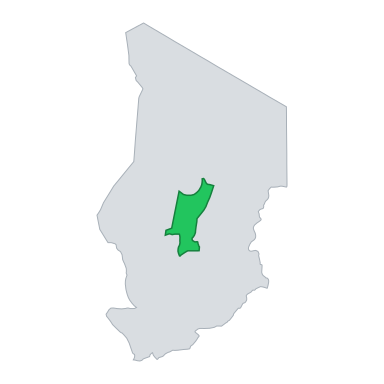 Batha Ouest, Batha, Chad shown in context
{"feature_id": "50815135B78939282341988", "entity_name": "Batha Ouest", "entity_type": "district", "adm_level": 2, "iso_a3": "TCD", "parent_name": "Chad", "parent_adm1": "Batha", "projection": "natural_earth1", "projection_center": [18.7, 14.28], "detail": "fine", "context": "in_parent", "style": "filled", "palette": "green", "viewbox_px": 384, "rotation_deg": 0, "n_neighbors": 0, "source": "geoboundaries", "source_scale": "gbopen_adm2", "svg_char_len": 4644}
<svg xmlns="http://www.w3.org/2000/svg" viewBox="0 0 384 384"><path d="M286.4,106.8L286.5,116.2L286.5,125.7L286.6,135.1L286.7,144.6L286.8,154.0L286.8,163.5L286.9,172.9L287.0,182.3L287.0,185.5L286.8,186.7L286.7,186.9L286.4,187.1L282.1,186.2L280.2,186.2L277.6,186.9L273.7,187.2L271.2,187.1L269.5,188.7L268.1,190.7L268.8,195.4L268.7,196.9L268.1,198.6L267.0,199.9L265.8,201.0L265.1,202.0L264.3,204.1L263.6,205.1L263.7,206.5L263.5,207.9L262.8,208.6L261.0,209.1L259.8,209.7L258.9,210.8L258.3,211.5L258.6,212.5L259.1,213.8L259.3,215.9L259.5,217.1L260.4,218.1L261.0,218.8L261.1,219.7L260.6,220.4L258.4,222.0L257.6,222.5L256.5,223.3L256.2,223.6L254.6,225.0L253.8,226.3L253.4,227.4L253.4,228.8L254.2,231.0L255.1,232.9L255.5,234.3L255.7,235.8L255.6,237.3L255.1,238.6L254.3,239.7L251.3,241.9L249.8,244.3L248.6,247.1L248.4,248.7L248.7,249.7L249.3,250.6L250.2,251.1L251.5,251.2L253.7,250.7L255.7,250.4L257.9,251.4L259.0,253.9L258.6,255.6L259.4,258.8L260.2,262.7L260.1,264.0L260.4,264.5L261.8,264.7L262.1,265.6L261.7,272.4L262.3,274.3L263.2,275.6L264.2,276.3L265.3,277.2L265.8,277.9L267.0,278.0L268.3,279.2L268.7,280.9L268.6,282.5L267.9,285.9L267.2,288.2L266.5,288.1L264.9,287.5L263.0,287.0L260.6,286.6L258.3,287.6L255.9,288.8L255.2,289.7L254.5,290.2L253.4,290.1L252.4,290.3L251.9,291.1L251.0,292.1L247.5,294.1L246.8,294.8L246.3,295.5L246.3,296.3L246.7,297.9L246.7,299.9L245.9,301.5L245.0,302.6L244.0,303.0L243.1,303.3L242.6,303.9L240.7,307.6L239.9,308.3L238.3,308.2L233.7,313.7L233.3,315.3L231.6,317.6L229.5,320.2L227.5,321.4L227.4,321.9L226.9,322.4L225.7,323.0L221.6,326.1L216.7,326.0L214.6,327.2L212.5,327.7L209.4,328.3L208.5,328.3L204.5,328.5L199.9,328.4L198.1,328.9L196.5,330.1L195.2,331.1L195.0,331.5L195.2,331.9L195.2,332.2L198.4,334.8L199.2,336.0L198.4,337.2L198.0,337.4L198.0,337.5L197.5,338.5L195.6,341.3L192.7,344.7L191.2,345.7L190.6,346.3L189.8,348.6L189.3,348.9L187.4,349.2L183.4,349.5L178.0,350.2L174.7,350.4L172.7,350.2L169.9,351.8L168.8,352.2L168.2,352.3L165.4,353.8L163.0,356.2L162.2,356.6L158.9,357.6L157.6,359.2L157.0,359.4L154.9,357.2L153.4,355.3L152.7,353.3L152.6,352.7L152.2,352.8L151.1,353.7L150.1,354.7L149.6,356.6L146.2,357.8L143.3,358.9L141.9,360.3L139.9,361.0L137.3,360.7L135.2,360.1L133.3,359.9L134.2,358.2L134.6,357.0L134.7,355.4L134.5,354.4L133.4,353.8L132.6,353.0L130.9,348.1L129.2,343.1L126.7,338.1L124.0,335.0L122.1,333.0L121.4,332.8L120.4,332.2L119.7,331.6L116.2,328.2L112.5,324.5L111.5,322.8L109.7,320.2L107.6,317.5L106.6,316.3L106.1,314.2L107.5,312.2L109.0,309.7L110.9,308.1L113.4,308.0L117.4,308.6L121.7,308.9L126.0,308.4L127.1,308.0L128.2,308.0L130.5,308.6L134.5,308.5L136.5,307.5L134.3,305.8L131.9,303.1L129.7,300.1L128.3,297.4L127.1,294.0L126.0,289.7L125.3,284.1L125.4,281.0L125.8,278.7L127.0,275.1L126.2,273.0L126.4,271.2L126.3,268.7L125.9,267.4L124.3,263.1L124.0,262.7L122.7,259.7L122.1,254.8L120.5,251.6L118.0,250.0L116.6,248.1L116.1,244.7L115.1,243.8L111.2,242.6L108.0,242.6L105.6,238.8L102.6,233.9L99.8,229.4L98.0,220.3L97.0,215.1L98.2,213.5L100.5,209.8L103.5,202.7L110.3,191.7L113.7,186.1L120.6,177.7L129.0,167.4L133.8,161.6L134.6,151.0L135.4,139.8L136.1,131.3L136.9,121.3L137.6,112.9L138.1,106.8L138.8,98.1L139.3,96.5L142.6,89.7L142.9,88.8L142.3,87.6L137.6,81.9L136.2,80.6L135.4,77.6L136.6,75.9L131.0,66.2L129.7,65.0L129.1,63.8L129.0,62.1L128.9,55.4L127.5,44.8L125.7,32.6L132.2,29.1L137.2,26.4L143.6,23.0L149.4,26.5L157.9,31.5L166.4,36.5L174.9,41.6L183.5,46.6L192.0,51.6L200.5,56.6L209.1,61.6L217.6,66.7L226.2,71.7L234.8,76.7L243.4,81.7L251.9,86.7L260.5,91.7L269.1,96.8L277.8,101.8L286.4,106.8Z" fill="#d9dde1" stroke="#a8b0b8" stroke-width="1"/><path d="M213.7,185.7L209.8,184.6L207.4,184.3L206.1,182.9L204.3,179.2L203.4,178.5L202.7,178.7L202.2,178.8L202.2,180.0L202.3,180.6L202.2,181.4L202.1,182.6L201.8,184.5L201.0,186.7L200.8,187.1L198.8,190.5L198.3,191.0L197.0,192.3L195.9,193.2L194.1,194.5L191.0,195.3L186.8,195.3L183.5,194.5L179.1,191.2L171.7,228.2L166.0,230.3L165.3,235.2L167.8,234.3L169.2,233.8L170.7,234.1L172.1,234.6L174.8,234.1L178.6,234.1L179.4,234.2L179.8,235.9L180.0,237.3L179.9,239.8L179.9,241.2L180.0,242.9L179.5,245.2L178.5,247.1L178.1,249.1L178.0,251.2L178.5,253.3L179.0,254.6L179.5,255.9L180.3,255.9L180.9,255.1L185.1,252.3L187.7,250.8L188.2,250.8L197.1,250.8L199.1,250.7L199.4,247.6L199.4,246.8L198.8,246.2L198.6,245.2L198.3,244.4L197.9,243.4L197.8,242.1L197.2,241.7L196.4,241.8L195.5,241.9L194.6,241.8L193.3,241.0L192.5,240.5L192.0,239.1L192.2,238.0L193.0,237.3L194.4,235.3L195.4,232.6L195.6,230.0L196.0,226.8L196.2,225.6L196.8,221.8L197.0,218.6L200.2,214.7L203.9,210.0L205.9,206.6L207.6,202.2L209.7,197.6L211.3,193.1L213.7,185.7Z" fill="#22c55e" stroke="#15803d" stroke-width="1.5"/></svg>